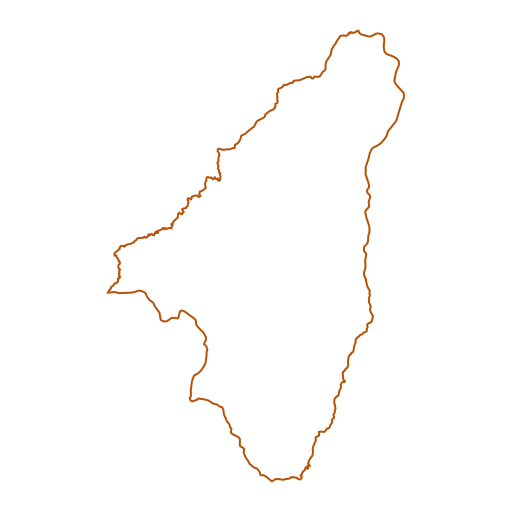 the district of Támesis, Antioquia, Colombia
{"feature_id": "7082276B51026070835233", "entity_name": "Támesis", "entity_type": "district", "adm_level": 2, "iso_a3": "COL", "parent_name": "Colombia", "parent_adm1": "Antioquia", "projection": "orthographic", "projection_center": [-75.723, 5.674], "detail": "fine", "context": "isolated", "style": "outline", "palette": "amber", "viewbox_px": 512, "rotation_deg": 0, "n_neighbors": 0, "source": "geoboundaries", "source_scale": "gbopen_adm2", "svg_char_len": 6049}
<svg xmlns="http://www.w3.org/2000/svg" viewBox="0 0 512 512"><path d="M403.6,98.9L404.0,96.2L403.5,92.6L396.7,85.4L394.9,82.6L394.4,80.7L395.9,72.3L398.9,65.1L398.9,62.0L398.4,60.7L396.6,58.5L392.7,56.3L386.6,54.0L384.6,51.8L384.1,50.3L383.7,45.9L384.4,40.1L383.9,37.3L382.1,34.4L378.3,33.4L376.2,33.6L372.6,35.6L370.7,36.4L368.6,36.5L361.0,34.3L359.0,32.7L358.5,30.7L356.5,31.2L355.1,32.5L352.6,32.9L351.7,32.3L350.3,32.2L349.9,32.6L350.1,33.3L348.6,33.3L348.2,34.7L346.1,35.8L342.5,35.5L340.5,35.9L339.7,36.5L339.1,37.9L336.9,40.8L335.5,43.7L333.5,46.0L333.2,47.3L331.7,49.0L330.8,54.5L326.1,61.9L325.6,64.0L325.5,69.1L325.0,70.3L323.1,71.4L319.8,76.3L318.2,76.9L314.5,76.6L313.0,78.5L311.7,78.3L310.4,76.7L307.2,77.0L299.9,80.1L293.6,80.8L293.3,81.2L293.2,82.4L292.7,82.8L290.1,83.0L286.3,85.0L284.3,84.9L283.5,85.2L283.2,86.3L281.8,87.4L278.5,88.9L278.0,89.5L278.2,91.9L277.2,93.2L277.0,94.3L277.4,96.0L277.2,98.8L277.6,101.5L277.1,103.1L275.3,103.9L275.3,106.7L274.5,108.4L273.6,109.3L269.7,111.1L265.4,114.3L265.0,116.3L264.5,117.0L262.4,118.4L258.3,120.3L256.7,121.6L253.8,126.9L251.2,128.6L245.2,133.8L241.4,135.6L240.2,139.5L238.7,142.3L236.8,143.9L235.2,144.6L234.6,147.9L232.4,148.2L229.6,149.3L226.8,149.3L224.2,149.8L222.1,149.7L219.2,148.6L217.9,149.0L217.6,151.1L219.1,153.4L219.4,155.6L218.9,155.9L218.5,157.7L218.3,161.8L217.4,162.7L218.4,166.3L217.9,168.4L219.1,170.5L219.2,172.7L220.2,173.3L219.9,174.2L220.5,176.1L220.4,177.6L219.6,180.7L218.0,180.4L217.9,178.7L216.1,179.0L214.9,177.4L213.4,179.1L212.8,179.3L211.5,177.5L209.7,177.7L207.7,177.0L206.9,177.4L206.4,178.3L206.3,180.9L205.4,181.9L205.1,182.8L205.2,185.5L205.8,187.8L204.1,189.5L201.5,191.2L199.9,191.5L199.3,194.3L200.3,195.5L200.3,196.2L198.8,197.0L197.1,195.6L194.7,195.6L191.7,196.8L191.6,198.6L190.9,199.4L189.3,198.4L187.9,198.4L187.6,200.0L188.6,201.9L188.0,203.5L187.7,206.0L186.3,207.1L185.8,208.1L183.8,208.4L182.3,209.1L182.1,209.8L183.7,211.9L182.5,213.2L182.2,214.1L181.2,214.2L179.4,212.7L178.1,213.8L177.8,217.4L173.2,221.9L172.6,224.1L171.4,224.2L171.5,224.9L172.5,225.3L172.5,225.6L171.4,227.7L171.4,228.4L169.3,227.9L166.8,228.9L165.3,228.1L164.6,229.2L163.1,228.0L161.8,229.4L157.4,231.2L158.0,232.5L157.8,233.1L157.1,233.0L156.4,231.7L156.1,231.7L155.9,232.8L155.1,232.7L154.1,235.2L152.8,235.1L151.7,233.9L149.7,235.2L149.5,234.5L149.0,234.3L148.0,235.4L147.9,236.5L146.2,237.6L145.7,237.7L144.5,236.8L142.9,237.8L138.1,238.1L137.1,238.8L136.4,240.0L135.5,240.4L133.4,242.6L130.0,244.1L128.1,244.2L126.4,245.2L125.1,245.3L124.6,246.5L123.9,246.0L120.8,246.1L119.6,247.6L119.6,249.1L118.7,249.3L117.8,250.7L115.8,252.0L114.5,253.2L114.5,255.5L116.4,255.6L116.5,256.9L118.7,260.1L118.7,261.1L119.8,261.9L119.8,263.7L118.9,264.5L118.2,266.1L118.6,268.2L120.1,269.8L119.1,270.7L119.5,272.8L118.8,273.7L119.5,275.0L118.9,276.5L120.0,277.0L119.4,278.1L117.8,278.8L118.1,280.2L117.6,282.2L116.8,282.4L115.9,283.4L114.9,283.3L113.3,285.5L111.0,287.2L110.8,288.7L109.0,290.4L108.0,292.7L114.4,292.0L119.3,293.1L131.6,292.6L135.0,291.9L138.7,290.6L140.3,290.7L143.9,292.0L145.6,293.3L146.8,296.2L148.6,299.0L150.2,300.6L153.3,302.7L154.0,304.8L155.4,307.2L159.4,312.5L160.7,319.7L161.3,320.3L163.7,321.4L166.9,321.3L171.7,317.9L174.6,317.8L176.5,318.4L177.5,318.3L178.3,317.7L179.8,312.1L180.4,311.1L181.4,310.6L183.2,310.8L184.9,311.7L194.7,318.9L195.9,320.8L196.0,323.4L197.0,325.9L201.0,330.3L203.1,332.1L205.6,336.5L206.0,337.5L205.7,340.7L204.4,342.8L204.1,344.2L206.2,346.1L207.4,349.6L206.6,351.9L206.5,355.8L205.5,363.2L204.6,365.0L201.2,370.4L198.1,373.3L194.2,375.5L193.0,378.0L191.8,382.1L190.8,390.5L190.9,396.3L189.8,397.8L190.2,399.8L191.3,401.0L192.7,401.3L197.1,399.7L198.2,398.5L204.1,399.3L208.3,400.4L213.5,403.8L216.7,404.3L220.2,406.8L222.1,407.2L223.2,409.4L224.0,414.5L226.9,421.2L229.4,424.3L229.9,426.9L231.4,428.7L230.9,432.6L232.3,434.0L237.6,436.7L239.1,437.8L240.0,439.6L239.8,445.5L240.6,446.5L242.7,447.5L244.0,448.9L244.2,450.5L243.6,452.4L245.4,457.0L248.7,461.9L249.4,463.6L253.6,467.3L256.9,468.5L259.4,471.4L260.6,475.2L263.5,475.2L266.0,476.6L271.9,481.3L275.5,479.2L277.1,478.9L283.7,479.8L285.8,479.0L289.1,478.7L290.8,477.3L291.9,477.6L292.7,477.1L296.6,477.7L297.0,478.3L299.6,479.4L300.4,479.4L301.6,478.1L301.7,476.6L300.9,476.0L300.7,475.3L301.9,474.1L302.1,473.0L303.1,471.5L304.9,469.9L305.7,467.3L306.3,467.2L307.1,468.6L307.6,468.7L308.2,468.2L307.8,465.9L309.1,466.2L309.8,465.8L308.2,463.6L309.0,460.6L311.1,457.2L312.4,455.7L313.0,451.8L312.7,449.9L312.9,447.6L314.6,442.9L315.6,441.3L315.8,437.2L319.1,435.5L319.0,431.9L320.7,431.6L324.0,432.0L325.5,430.8L327.0,428.5L328.6,428.3L329.5,427.6L330.1,425.5L331.9,422.9L332.0,419.6L334.0,417.7L334.1,417.0L333.3,414.7L334.8,412.5L334.8,410.4L335.5,408.5L334.2,401.9L334.7,398.5L337.0,396.3L338.4,395.5L339.5,390.4L341.0,387.7L340.7,385.0L341.7,382.8L343.0,381.9L344.4,382.0L344.8,381.5L344.7,380.6L343.6,380.0L343.2,379.3L342.7,373.1L343.3,371.6L345.1,370.3L345.5,368.9L347.4,367.6L348.3,364.9L347.9,362.0L348.4,357.8L349.4,355.1L350.7,354.5L351.6,352.7L352.6,352.3L353.3,351.4L354.4,345.3L355.4,343.2L355.8,339.1L360.3,335.0L362.9,333.7L363.7,332.5L365.6,332.0L366.7,331.1L366.9,328.7L367.6,327.2L367.1,325.2L367.4,324.4L368.5,323.3L370.8,322.5L372.1,320.5L372.9,315.9L370.4,311.5L370.1,309.0L370.8,307.0L370.2,305.8L370.2,304.6L368.9,302.2L369.2,297.4L369.9,295.3L369.4,293.2L369.8,291.0L367.4,286.5L366.0,280.8L366.0,279.0L365.2,278.3L363.9,274.7L364.1,271.8L364.9,270.0L365.5,266.6L365.2,260.7L366.2,254.2L366.0,253.5L364.1,251.1L363.9,248.1L364.2,246.7L366.9,243.9L367.9,241.6L368.5,234.9L369.2,233.2L369.6,230.3L369.2,226.1L366.4,217.5L365.2,212.0L365.8,210.3L368.9,207.0L369.2,205.3L368.7,202.6L368.9,201.0L370.2,197.0L369.6,194.9L367.6,193.0L367.0,191.3L367.3,189.7L368.8,187.7L369.1,186.3L368.7,183.6L365.6,174.5L365.7,167.1L368.9,157.4L369.7,153.4L371.6,149.3L373.2,147.6L377.8,145.4L381.0,143.1L384.4,139.2L386.7,135.9L387.6,132.3L388.2,131.1L396.2,120.9L401.5,103.4L402.7,100.1L403.6,98.9Z" fill="none" stroke="#b45309" stroke-width="2"/></svg>